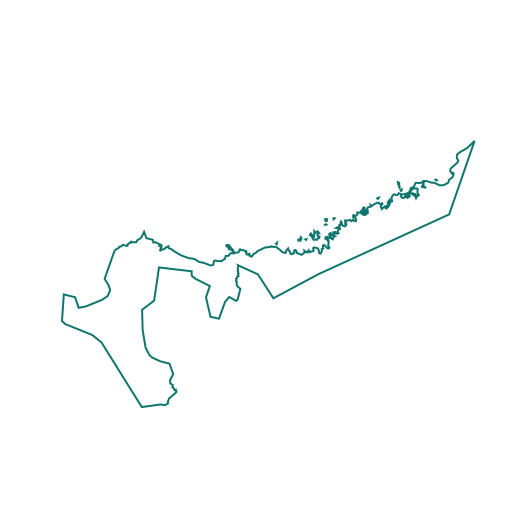 Huon District, Morobe, Papua New Guinea (orthographic projection), rotated 289°
{"feature_id": "67681753B78423041590168", "entity_name": "Huon District", "entity_type": "district", "adm_level": 2, "iso_a3": "PNG", "parent_name": "Papua New Guinea", "parent_adm1": "Morobe", "projection": "orthographic", "projection_center": [147.273, -7.168], "detail": "fine", "context": "isolated", "style": "outline", "palette": "teal", "viewbox_px": 512, "rotation_deg": 289, "n_neighbors": 0, "source": "geoboundaries", "source_scale": "gbopen_adm2", "svg_char_len": 6172}
<svg xmlns="http://www.w3.org/2000/svg" viewBox="0 0 512 512"><g transform="rotate(289 256 256)"><path d="M358.2,425.1L436.0,425.2L427.0,420.6L420.5,415.0L417.3,413.1L414.2,413.9L411.8,416.3L409.6,415.9L402.0,411.5L399.4,412.0L397.6,414.7L397.8,415.4L398.5,414.5L398.8,415.5L397.4,416.3L394.6,416.1L390.6,413.7L388.6,414.0L387.5,413.6L384.0,410.3L382.6,406.4L383.3,401.0L382.5,398.1L382.4,393.6L381.7,390.1L380.9,389.7L380.5,390.7L379.6,390.5L377.8,391.4L375.9,390.7L376.3,393.2L375.8,394.6L375.4,390.4L376.0,390.2L378.0,390.9L380.1,389.4L378.5,387.4L377.1,383.0L373.0,382.8L370.3,380.1L368.9,380.6L366.7,380.0L365.8,380.4L362.9,376.2L362.0,380.5L364.3,379.7L366.5,381.4L369.0,381.3L371.2,383.1L372.3,386.5L371.7,387.2L368.6,387.9L366.6,390.1L365.5,389.4L365.8,388.0L364.0,388.7L362.8,388.5L364.4,387.2L364.4,386.5L366.3,385.9L365.8,384.4L366.9,383.3L365.2,383.9L366.0,381.7L364.1,380.5L362.6,382.0L360.3,380.4L360.7,378.2L359.9,377.7L360.8,378.0L361.1,377.4L359.0,376.9L358.6,374.9L359.7,373.4L361.8,374.2L361.8,370.5L359.9,370.0L359.2,368.9L359.4,366.6L357.7,365.5L354.7,365.2L352.2,366.8L352.1,365.1L350.5,365.8L349.5,365.5L349.7,364.7L347.6,365.5L345.2,364.9L345.1,364.1L346.7,363.7L345.1,362.4L343.5,363.9L343.3,363.1L344.4,361.4L341.4,359.6L342.4,359.1L342.7,358.2L344.6,357.8L346.1,358.6L346.9,358.1L345.5,356.6L345.8,354.9L346.3,354.7L345.5,352.8L341.1,349.0L341.5,347.7L340.2,348.6L338.4,345.9L334.5,345.7L334.1,346.3L336.1,346.5L333.0,347.8L332.2,346.9L331.0,346.5L330.0,345.1L330.0,343.4L330.8,341.6L331.4,342.1L331.1,343.6L331.8,344.0L330.8,344.4L330.7,345.1L333.4,345.5L332.9,342.9L333.8,342.9L334.5,343.8L336.5,343.3L337.1,342.7L336.7,341.7L334.4,341.7L332.9,340.8L330.9,340.4L330.1,337.6L328.6,338.4L326.9,337.8L325.8,336.3L326.5,335.7L326.2,334.7L324.4,335.2L324.5,337.3L323.1,339.0L321.5,339.1L321.1,337.5L322.2,336.1L320.0,334.9L320.7,333.1L319.4,331.3L318.7,328.7L315.3,330.0L315.3,330.6L316.1,330.6L315.2,331.2L314.0,331.1L312.9,330.1L313.0,327.9L316.3,325.4L316.3,325.0L312.7,325.6L312.4,324.9L311.5,325.5L310.4,324.5L310.0,325.7L308.8,326.6L308.3,325.3L306.3,325.5L305.3,325.0L304.4,326.5L303.7,325.9L303.2,324.3L303.3,323.7L304.4,323.0L303.5,321.4L302.3,322.7L300.7,322.1L300.4,324.3L298.9,322.9L296.8,323.2L296.7,322.4L298.1,320.4L300.6,319.7L301.2,320.5L302.0,319.1L300.8,318.1L298.8,319.1L296.4,319.5L295.7,318.5L296.3,317.2L297.2,317.1L296.4,315.7L294.9,316.0L295.1,317.7L293.7,318.9L293.7,320.0L289.3,320.9L287.7,322.7L286.7,322.3L286.5,321.1L288.5,317.3L288.1,316.0L287.1,316.0L285.0,317.1L284.1,315.9L282.1,316.7L279.2,316.2L279.3,314.7L282.2,313.3L283.4,311.9L283.2,308.9L282.8,307.8L281.9,307.5L280.1,308.8L279.4,308.6L278.3,307.3L278.1,306.2L277.0,305.6L277.0,304.7L278.4,303.8L276.0,303.1L276.8,300.0L275.2,300.9L272.0,298.8L272.1,293.7L273.1,293.3L274.5,291.3L273.8,290.3L271.4,291.1L271.1,290.2L270.1,290.2L269.3,288.9L269.5,287.6L271.0,287.0L272.2,284.9L273.6,283.9L271.1,282.8L269.0,283.1L268.3,282.5L268.4,278.9L269.7,276.6L271.1,271.8L270.2,269.5L270.1,267.2L269.1,266.5L267.2,262.1L261.2,255.9L258.6,254.7L257.3,253.1L254.0,252.2L253.9,251.5L254.1,249.8L255.5,249.5L256.0,248.9L254.6,247.9L254.6,246.5L255.6,245.4L256.4,245.9L257.6,244.9L257.1,243.7L257.5,242.1L256.9,240.9L257.2,238.7L256.1,238.3L255.2,238.8L253.6,238.0L252.0,234.6L252.7,233.3L254.2,232.5L254.9,230.5L257.4,227.1L257.2,225.5L256.5,224.5L255.5,225.0L255.3,227.4L253.7,228.0L254.1,228.7L253.7,229.4L254.3,230.7L251.2,233.9L250.3,231.0L247.2,229.9L246.2,227.4L242.8,227.5L241.7,226.1L240.0,225.4L238.6,221.1L238.6,219.1L237.6,217.9L233.6,218.4L232.3,216.4L232.5,208.9L231.9,204.0L233.2,198.8L232.1,193.1L232.2,185.1L233.9,176.6L235.1,173.3L234.9,171.2L235.3,170.4L236.7,170.0L235.1,168.3L232.4,166.8L231.6,164.9L229.3,163.5L230.5,163.6L231.9,164.6L231.3,163.5L233.7,163.7L234.0,161.5L235.5,162.8L236.3,156.3L235.3,154.6L237.7,153.2L237.2,146.6L242.4,142.3L235.6,141.4L232.2,138.6L230.1,138.3L228.8,134.9L229.0,133.4L228.6,133.0L227.7,133.2L227.2,132.1L225.1,130.8L224.0,131.2L223.4,130.4L223.2,126.4L221.2,125.4L220.7,124.2L218.7,123.3L216.0,121.0L214.1,120.5L185.1,120.3L180.1,126.4L176.3,129.2L170.0,128.9L164.3,124.6L160.3,120.0L152.8,111.4L149.3,105.2L158.1,98.3L157.1,86.8L131.4,93.7L129.5,97.8L128.0,126.8L124.0,138.0L76.0,197.2L84.4,213.8L85.4,218.4L87.7,220.8L89.4,220.1L93.2,220.3L101.3,225.0L102.5,224.6L102.7,223.2L103.1,223.3L102.7,222.7L104.1,221.4L104.7,219.7L106.7,219.5L107.7,216.4L110.6,215.1L117.3,216.2L126.0,209.3L125.3,199.7L126.1,191.3L127.5,187.6L133.3,181.5L148.9,173.0L168.1,165.8L180.6,174.2L213.6,168.0L220.6,200.2L217.6,201.1L216.0,202.3L214.6,207.0L212.6,222.1L200.6,222.2L183.7,232.8L184.7,241.4L202.5,241.7L208.5,244.0L207.1,251.8L208.9,252.8L219.9,251.9L221.1,248.6L222.6,246.9L225.0,246.5L225.5,245.3L226.3,245.5L228.1,244.5L229.1,245.3L230.6,244.9L231.2,246.0L232.4,245.2L233.8,245.2L234.0,244.5L235.0,244.5L235.8,243.5L236.7,243.8L238.4,242.7L240.7,242.6L241.4,242.0L239.3,263.8L221.7,286.2L259.5,321.3L358.2,425.1ZM293.0,304.7L292.8,304.1L294.1,302.2L291.5,303.2L290.0,305.5L290.9,306.6L291.0,308.2L293.0,308.8L293.5,309.9L295.1,309.7L294.8,308.5L295.3,307.5L297.1,306.9L298.0,308.3L299.3,306.6L299.2,305.8L297.3,304.5L298.3,303.1L293.0,304.7ZM370.7,368.1L371.8,367.4L372.0,366.1L369.8,367.2L369.5,368.1L370.7,368.1ZM313.9,311.2L313.2,309.3L311.7,310.5L312.0,311.5L313.9,311.2ZM287.0,293.4L288.2,292.7L288.4,292.3L286.8,292.4L285.7,293.2L287.0,293.4ZM351.8,363.8L349.6,363.1L348.9,363.6L350.3,364.3L351.8,363.8ZM366.6,372.0L365.6,371.0L364.8,371.9L365.0,372.3L366.6,372.0ZM317.3,318.1L317.0,317.0L315.9,317.4L316.3,317.9L317.3,318.1ZM351.2,353.2L351.0,352.7L349.9,351.9L349.7,352.7L351.2,353.2ZM293.0,301.3L294.4,300.6L294.6,300.3L293.2,300.2L293.0,301.3ZM309.1,324.1L309.3,323.3L308.6,322.6L308.6,323.7L309.1,324.1ZM285.2,291.6L285.6,291.0L284.8,290.6L284.3,291.4L285.2,291.6ZM368.0,369.5L368.8,368.9L368.8,368.7L367.4,368.9L367.3,369.2L368.0,369.5ZM386.5,402.2L386.9,401.6L386.6,400.8L386.1,401.1L386.5,402.2ZM273.8,271.7L275.2,271.5L274.1,270.9L273.8,271.7ZM308.6,312.3L308.8,311.7L307.9,311.1L307.8,311.4L308.6,312.3ZM287.5,298.1L288.4,298.2L287.8,297.3L287.5,298.1Z" fill="none" stroke="#0f766e" stroke-width="2"/></g></svg>